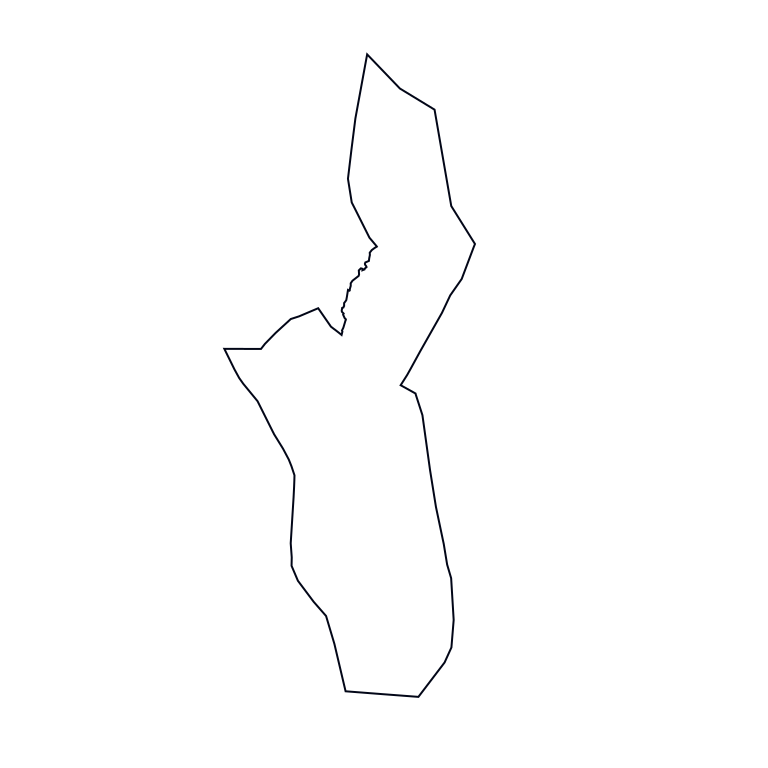 San Baltazar Chichicápam, Oaxaca, Mexico (orthographic projection), rotated 202°
{"feature_id": "50627088B15303573205943", "entity_name": "San Baltazar Chichicápam", "entity_type": "district", "adm_level": 2, "iso_a3": "MEX", "parent_name": "Mexico", "parent_adm1": "Oaxaca", "projection": "orthographic", "projection_center": [-96.494, 16.758], "detail": "fine", "context": "isolated", "style": "outline", "palette": "ink", "viewbox_px": 768, "rotation_deg": 202, "n_neighbors": 0, "source": "geoboundaries", "source_scale": "gbopen_adm2", "svg_char_len": 1712}
<svg xmlns="http://www.w3.org/2000/svg" viewBox="0 0 768 768"><g transform="rotate(202 384 384)"><path d="M509.4,376.7L511.2,370.4L545.2,356.8L528.1,341.5L520.5,335.3L514.6,331.5L494.8,320.7L468.3,297.3L468.1,297.2L467.3,296.4L453.4,286.2L444.0,278.3L439.0,273.1L432.8,265.8L431.0,261.0L428.8,254.9L425.4,245.1L410.8,201.3L404.6,188.7L401.6,180.8L390.1,169.3L367.6,155.7L350.8,147.2L332.6,124.4L304.5,84.7L268.8,96.0L234.9,106.8L223.5,148.5L222.8,165.0L231.0,191.3L249.0,229.1L257.8,240.2L268.7,258.1L270.8,261.2L289.8,289.5L309.1,321.5L323.3,346.2L336.7,369.5L350.5,386.0L351.2,387.0L368.1,389.1L365.9,401.1L365.0,408.2L362.7,427.8L360.0,448.3L356.9,471.7L355.8,491.0L351.3,510.5L352.1,544.5L352.1,547.9L388.3,574.2L439.9,657.3L479.9,663.9L523.1,683.3L510.0,619.5L501.9,588.8L494.3,560.8L481.9,540.2L476.7,535.7L452.3,514.2L442.5,509.0L442.1,508.7L443.6,506.7L445.5,503.6L446.4,500.4L445.4,498.3L444.8,495.0L444.1,492.5L446.2,490.3L446.8,489.8L446.8,488.6L446.7,488.2L446.2,487.5L444.7,486.6L444.0,485.9L445.0,483.9L445.0,482.9L445.8,482.2L446.6,481.4L447.0,482.7L448.0,482.7L448.8,482.5L449.9,479.9L448.1,476.1L448.1,475.5L448.0,474.8L448.3,474.2L451.9,468.0L452.6,464.9L451.6,462.5L451.3,459.6L451.3,459.4L450.8,457.9L451.1,457.5L452.6,457.7L452.3,456.3L451.1,451.1L450.4,447.7L450.7,446.2L451.3,444.1L450.2,441.4L450.4,441.0L450.3,440.4L450.3,439.7L451.3,438.9L450.7,436.2L450.1,435.2L447.8,434.2L447.9,433.0L445.2,430.4L443.6,429.7L443.4,429.2L443.5,428.7L442.8,421.2L442.8,420.3L442.9,419.3L443.0,417.8L442.2,417.0L441.7,413.6L444.6,414.5L449.9,416.0L450.8,416.2L454.7,417.3L473.4,429.6L488.1,414.9L494.8,409.3L495.3,408.2L503.6,390.8L509.4,376.7Z" fill="none" stroke="#020617" stroke-width="2"/></g></svg>